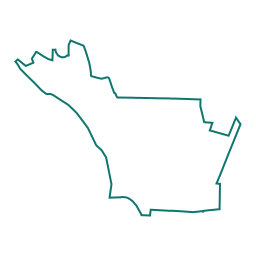 Ghindaresti, Constanta, Romania
{"feature_id": "2599482B65065460185800", "entity_name": "Ghindaresti", "entity_type": "district", "adm_level": 2, "iso_a3": "ROU", "parent_name": "Romania", "parent_adm1": "Constanta", "projection": "mercator", "projection_center": [28.04, 44.634], "detail": "fine", "context": "isolated", "style": "outline", "palette": "teal", "viewbox_px": 256, "rotation_deg": 0, "n_neighbors": 0, "source": "geoboundaries", "source_scale": "gbopen_adm2", "svg_char_len": 3139}
<svg xmlns="http://www.w3.org/2000/svg" viewBox="0 0 256 256"><path d="M109.6,197.7L119.8,197.3L120.2,197.4L120.5,197.3L121.3,197.2L121.8,197.1L122.3,197.0L123.8,197.1L125.5,197.3L127.1,197.7L128.5,198.3L129.6,199.0L130.5,199.6L131.2,200.1L132.5,201.2L133.6,202.2L134.0,202.9L134.7,203.7L135.4,204.4L135.9,205.0L136.3,205.4L138.6,209.6L140.0,212.0L140.9,213.8L141.5,215.2L145.5,215.3L147.6,215.4L150.1,215.5L150.2,213.9L150.7,209.7L160.7,210.3L167.8,210.7L169.2,210.8L169.3,210.8L170.5,210.8L171.2,210.7L176.2,211.0L179.4,211.2L182.6,211.4L191.3,212.0L193.1,212.2L193.6,212.1L194.2,212.0L197.6,211.7L201.6,211.2L202.0,211.2L202.4,211.3L202.6,211.4L202.8,211.6L203.2,211.6L203.3,210.9L205.7,210.6L208.4,210.3L211.5,210.0L214.7,209.7L215.3,209.6L219.6,209.2L219.6,208.5L219.6,206.9L219.6,204.9L219.7,202.7L219.7,200.6L219.8,196.1L219.8,194.2L219.9,188.7L220.0,183.9L219.7,183.9L216.5,183.5L216.9,182.6L221.0,172.8L224.7,163.4L228.5,153.9L230.8,148.2L240.5,124.2L236.0,117.7L235.9,118.1L233.0,125.0L230.2,131.9L228.6,135.7L221.2,133.6L213.7,131.5L209.8,130.5L212.4,122.8L204.2,122.2L202.4,114.6L201.7,111.7L200.3,106.1L200.4,105.1L200.4,102.7L200.5,101.1L200.5,100.2L200.5,99.6L200.5,99.4L198.2,99.4L192.7,99.2L192.4,99.2L192.2,99.2L187.6,99.0L184.3,98.9L183.0,98.9L180.6,98.8L178.1,98.7L177.6,98.7L175.0,98.6L173.3,98.6L170.1,98.5L168.2,98.4L166.3,98.4L162.4,98.3L158.6,98.3L154.7,98.2L152.6,98.1L149.9,98.1L147.2,98.0L145.6,98.0L144.3,98.0L141.4,97.9L138.9,97.9L138.2,97.9L134.9,97.8L131.6,97.7L128.4,97.7L125.6,97.6L123.0,97.6L122.4,97.6L120.6,97.5L118.2,97.5L117.5,97.5L117.4,97.5L117.3,97.4L117.1,97.2L116.7,96.5L116.4,95.9L116.1,95.4L115.9,94.9L115.8,94.4L115.5,94.0L115.4,93.6L115.2,93.3L115.0,93.1L114.8,93.0L114.5,92.9L114.2,92.9L114.1,92.7L113.2,90.1L112.2,87.6L110.9,83.7L109.6,79.8L109.4,79.2L109.2,78.6L108.8,78.0L108.4,77.7L107.8,77.4L106.9,77.3L106.3,77.5L104.2,78.1L101.7,78.7L100.8,78.6L97.4,77.8L94.0,76.9L92.8,76.5L91.5,76.2L91.2,76.0L91.0,75.7L90.9,75.3L90.9,74.7L90.9,73.9L90.9,73.2L90.9,72.9L90.9,72.5L90.9,72.2L90.8,71.8L90.7,71.2L90.6,70.5L90.5,69.8L90.2,68.0L89.9,66.2L89.4,63.7L89.1,62.3L88.5,60.5L87.6,57.5L86.7,54.4L86.1,52.7L85.6,50.9L84.6,48.3L83.7,45.8L83.3,45.6L76.9,43.1L70.6,40.5L68.7,45.0L68.6,47.1L68.6,48.8L68.6,50.5L68.6,53.6L68.7,54.6L68.7,55.6L68.2,55.7L67.9,55.6L67.7,55.3L67.3,55.3L66.9,55.7L66.4,56.0L66.0,56.3L65.6,56.7L65.0,56.9L64.5,57.1L63.9,57.2L63.2,57.2L62.6,57.3L61.9,57.3L61.4,57.1L60.9,56.9L60.3,56.7L59.7,56.5L58.9,55.9L57.9,55.4L57.2,54.0L56.7,53.3L56.2,52.7L55.8,51.9L55.5,50.4L55.4,49.7L55.1,49.8L52.8,49.7L52.6,55.0L52.5,57.6L52.4,60.3L48.1,59.0L46.8,58.2L46.5,58.1L44.9,57.1L43.7,56.5L42.6,55.8L40.2,54.2L37.8,52.6L36.4,51.9L36.2,51.9L34.1,55.2L31.9,58.6L32.3,59.8L33.4,62.7L25.8,65.9L19.8,61.1L17.8,59.5L15.4,61.6L16.1,62.4L16.7,63.1L18.3,65.4L18.9,66.6L20.4,69.0L26.0,74.7L34.1,82.6L41.9,90.7L46.3,93.9L48.4,94.1L50.3,93.9L53.2,95.1L59.2,99.0L68.6,105.1L76.7,113.0L84.6,123.5L87.9,128.0L89.1,130.5L91.6,135.6L92.1,136.7L96.3,145.4L97.4,146.4L101.6,150.2L106.1,157.4L108.3,168.3L111.1,182.4L111.5,184.1L110.7,189.6L109.6,197.7Z" fill="none" stroke="#0f766e" stroke-width="2"/></svg>